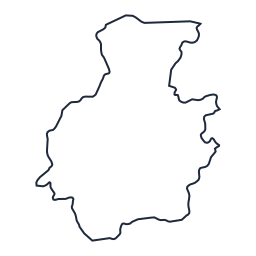 map outline of Telšiai (Mercator projection)
{"feature_id": "LTU-936", "entity_name": "Telšiai", "entity_type": "County", "adm_level": 1, "iso_a3": "LTU", "parent_name": "Lithuania", "parent_adm1": "", "projection": "mercator", "projection_center": [22.175, 56.01], "detail": "fine", "context": "isolated", "style": "outline", "palette": "slate", "viewbox_px": 256, "rotation_deg": 0, "n_neighbors": 0, "source": "natural_earth", "source_scale": "10m", "svg_char_len": 3095}
<svg xmlns="http://www.w3.org/2000/svg" viewBox="0 0 256 256"><path d="M125.8,15.4L132.7,15.8L135.7,17.4L141.4,21.7L144.4,22.9L190.2,21.3L200.1,23.6L200.5,23.8L198.5,25.7L197.4,26.5L196.6,27.8L197.0,29.6L198.0,31.3L198.9,33.4L198.9,35.8L198.1,38.2L196.8,40.6L194.6,42.2L192.5,42.7L190.3,42.6L186.2,41.4L184.3,41.4L182.4,42.5L181.3,45.3L180.1,47.1L179.5,48.7L179.9,49.7L181.5,52.0L181.5,54.4L180.6,57.4L178.1,61.0L175.5,63.3L171.2,69.7L169.1,85.8L174.8,87.7L175.6,88.6L176.1,89.8L174.6,92.5L174.5,94.5L175.2,95.0L176.6,94.9L177.7,95.0L178.3,96.3L178.6,98.2L179.3,100.4L181.2,101.8L183.4,102.6L185.5,102.6L192.2,99.3L198.1,100.2L200.8,99.7L202.9,98.7L204.1,97.3L205.7,96.3L210.3,94.9L213.7,94.5L215.8,95.0L216.9,96.3L216.9,97.8L216.4,99.8L216.0,102.0L216.4,104.4L217.1,106.2L219.6,109.2L217.1,110.5L215.2,110.9L214.9,111.3L214.2,112.7L213.6,113.3L212.9,113.7L205.7,115.3L204.2,116.8L203.9,119.1L205.2,123.5L205.3,127.1L205.3,129.3L204.8,130.6L203.9,131.8L201.7,133.5L200.9,134.5L200.9,135.8L201.5,137.9L203.6,140.8L205.1,142.4L207.1,142.8L208.7,142.2L209.9,141.1L210.6,139.7L211.3,138.5L212.4,138.2L213.6,139.2L215.4,142.1L216.7,143.5L218.2,144.5L219.1,145.2L218.9,146.1L216.9,147.2L215.0,148.6L215.6,151.6L211.0,157.2L208.8,163.9L207.2,165.9L204.9,167.1L202.8,167.4L200.3,168.1L199.2,169.7L198.9,171.9L199.4,177.0L198.7,179.6L197.1,181.2L194.9,182.8L193.0,183.6L190.9,184.2L189.2,185.0L187.2,186.9L187.0,188.6L188.9,193.2L189.4,195.7L189.0,199.3L188.5,202.0L188.3,204.4L188.5,206.6L189.4,211.1L189.2,213.2L188.0,214.7L186.6,215.4L181.8,219.8L170.0,221.7L168.2,221.4L166.3,220.4L164.6,219.9L160.8,220.1L159.0,219.7L154.4,217.4L150.5,217.7L137.8,219.3L132.4,221.7L129.8,223.7L127.8,224.1L125.8,224.1L123.9,223.5L122.6,223.7L122.0,224.2L121.4,225.4L120.8,227.0L120.3,228.9L120.2,230.5L120.4,232.2L120.2,233.4L119.4,234.6L115.6,238.4L113.9,239.1L111.9,238.9L109.9,238.1L92.3,240.6L84.2,233.4L79.5,226.7L79.1,224.9L78.5,223.7L77.3,221.8L76.6,220.2L75.9,216.3L75.5,215.0L75.0,213.5L72.0,208.3L71.8,206.7L72.4,205.1L72.7,203.8L72.8,202.2L73.0,200.7L73.4,199.2L73.0,198.2L71.8,197.4L69.3,197.5L65.7,198.9L58.3,199.0L56.4,199.6L54.6,199.9L53.4,199.5L52.8,197.8L53.1,196.5L54.0,195.2L54.5,194.1L54.3,193.0L53.5,191.8L52.4,190.3L50.6,187.4L50.4,185.8L50.5,184.0L50.3,182.7L49.4,182.3L46.5,184.9L44.6,185.8L43.1,186.3L36.6,185.6L36.4,183.9L36.4,182.5L36.9,181.2L37.9,179.6L40.0,177.1L48.2,170.4L48.9,169.4L49.4,168.0L51.6,166.1L52.3,164.7L51.8,162.7L51.2,161.2L48.4,156.8L47.7,155.2L47.1,152.7L47.0,150.1L47.7,139.0L47.3,137.2L47.0,135.5L46.9,134.0L47.5,132.2L49.4,130.7L53.0,129.9L54.4,128.7L56.0,126.5L61.4,115.9L62.4,110.2L69.7,103.2L71.4,102.2L77.4,101.9L79.0,101.4L80.3,100.4L81.8,98.2L83.1,97.1L85.2,96.6L92.8,96.7L94.4,95.6L95.7,94.5L99.4,86.4L101.2,81.8L101.9,80.6L102.9,78.7L103.9,75.7L104.9,74.5L106.4,73.9L107.9,73.7L109.2,73.0L109.6,71.8L109.0,69.1L104.5,58.7L103.7,57.2L101.9,54.8L101.4,52.6L101.0,49.8L101.0,44.0L100.0,41.6L98.6,39.9L97.4,38.9L96.6,37.2L96.2,35.6L96.7,33.5L97.8,32.2L103.3,29.3L105.3,27.6L105.9,24.8L108.6,23.5L125.8,15.4Z" fill="none" stroke="#1e293b" stroke-width="2"/></svg>